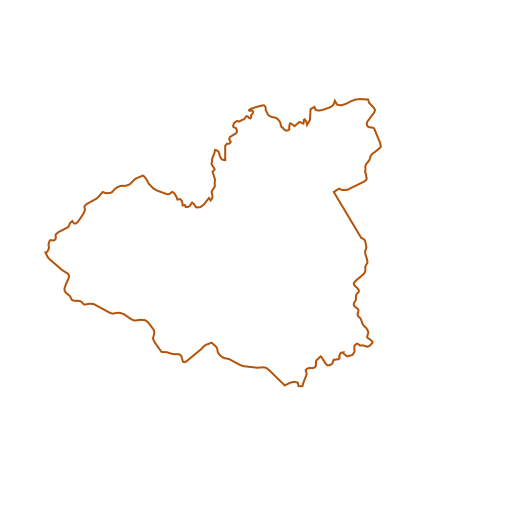 an SVG outline of Vallée du Bandama, rotated 57°
{"feature_id": "CIV-3450", "entity_name": "Vallée du Bandama", "entity_type": "Region", "adm_level": 1, "iso_a3": "CIV", "parent_name": "Ivory Coast", "parent_adm1": "", "projection": "robinson", "projection_center": [-5.056, 8.307], "detail": "fine", "context": "isolated", "style": "outline", "palette": "amber", "viewbox_px": 512, "rotation_deg": 57, "n_neighbors": 0, "source": "natural_earth", "source_scale": "10m", "svg_char_len": 6138}
<svg xmlns="http://www.w3.org/2000/svg" viewBox="0 0 512 512"><g transform="rotate(57 256 256)"><path d="M380.2,302.4L358.7,307.2L355.6,308.3L354.4,309.3L353.6,310.1L350.4,315.8L342.0,326.0L339.3,328.4L327.8,334.7L324.0,338.5L321.9,339.6L319.5,340.3L317.7,340.4L315.8,340.4L312.8,339.1L311.3,338.9L310.2,338.9L304.5,340.4L303.2,346.7L303.4,349.6L303.8,350.5L304.2,352.3L306.5,371.9L306.1,373.8L305.3,374.7L304.4,374.7L299.8,373.3L298.9,373.2L298.0,373.3L297.1,373.7L296.3,374.4L295.5,375.4L294.1,377.5L292.6,379.4L291.8,380.2L288.1,383.2L285.0,387.5L273.2,388.0L269.5,387.5L268.6,386.9L266.0,383.9L264.1,382.6L262.8,382.1L261.7,382.0L253.1,382.6L250.8,383.3L249.1,384.3L246.5,387.8L244.4,392.4L243.2,393.7L241.4,394.9L233.1,398.4L231.1,399.8L230.1,400.6L228.6,402.5L228.0,403.5L227.1,405.7L226.8,406.7L225.9,407.9L224.4,409.3L207.9,418.3L205.3,421.7L203.7,425.6L202.9,426.7L202.0,427.0L201.0,427.0L199.8,427.2L198.0,428.1L196.9,429.4L194.2,433.2L193.0,434.1L192.0,434.4L189.3,433.9L188.3,433.9L183.7,435.3L182.3,435.5L181.2,435.5L180.3,435.1L179.4,434.6L178.5,433.8L176.0,430.6L173.0,425.8L172.3,424.9L171.4,424.0L170.1,423.4L169.0,423.3L168.0,423.6L161.9,426.4L145.0,431.2L142.6,431.2L138.3,430.6L138.8,429.6L138.6,428.6L137.6,426.6L136.8,425.6L136.0,424.9L133.8,424.0L133.2,423.6L131.2,421.3L130.8,420.6L130.7,419.9L131.2,419.0L132.4,417.9L132.8,417.2L132.9,416.2L132.7,415.2L131.6,413.8L130.1,413.3L129.6,412.9L128.7,411.6L128.4,408.2L129.5,397.6L127.2,394.2L126.6,391.1L127.9,391.1L129.4,390.8L130.0,390.4L130.4,389.8L130.7,389.1L130.3,387.0L129.3,384.1L126.5,377.7L124.9,375.2L123.5,373.9L121.8,373.4L121.2,372.9L120.7,372.4L120.4,371.3L120.2,369.6L121.0,358.6L120.6,355.8L118.8,349.7L121.2,348.0L122.0,346.9L123.5,344.5L123.9,343.0L124.0,341.7L123.2,339.2L122.9,337.4L122.8,335.3L122.8,334.3L123.5,331.5L123.8,330.8L125.9,327.5L126.5,325.9L126.9,324.1L127.0,323.1L127.0,322.1L125.7,316.5L125.6,314.9L126.9,307.1L128.3,306.5L130.5,306.2L131.9,306.1L136.8,306.6L143.1,305.4L146.9,303.6L155.4,297.2L156.3,296.2L156.7,295.2L156.8,293.8L156.6,291.3L157.4,290.9L159.1,290.4L163.4,290.5L165.8,291.2L167.0,288.6L169.1,288.2L171.6,288.9L173.6,290.0L174.7,287.8L176.6,288.3L177.7,286.8L178.0,284.5L176.4,280.6L178.4,279.8L182.7,279.7L184.7,276.2L184.5,271.9L181.7,263.8L184.7,263.8L183.5,260.9L181.5,259.6L179.5,259.0L177.8,258.0L177.2,257.0L175.7,253.4L175.1,252.6L174.4,252.1L172.7,251.2L169.7,248.9L168.8,248.5L161.7,246.6L161.4,245.9L161.0,243.7L160.3,243.3L155.2,243.3L154.1,242.9L152.9,241.4L152.2,241.0L150.6,239.8L146.5,234.2L144.7,232.6L145.5,231.8L146.9,231.0L148.2,230.7L149.5,230.9L152.2,231.9L155.8,232.2L157.1,231.6L158.8,229.6L146.8,221.8L146.0,219.1L147.1,217.7L147.1,216.3L146.8,215.4L146.2,214.9L144.0,215.1L142.9,214.3L142.1,213.2L142.0,212.4L142.1,210.4L142.2,205.8L141.8,205.0L141.3,204.3L139.9,203.5L138.4,203.2L137.6,203.3L135.7,204.6L135.1,204.7L134.5,204.4L133.0,202.7L132.6,202.0L132.5,201.1L132.4,198.4L132.7,197.9L133.3,197.6L133.9,197.2L134.2,195.8L134.2,194.6L134.7,191.5L134.5,190.5L134.2,189.6L133.8,189.0L133.6,188.2L133.7,187.5L134.6,186.8L136.2,186.8L136.9,186.5L137.4,186.0L137.4,185.0L136.9,184.4L135.5,183.6L135.1,183.0L134.7,181.2L134.2,180.5L133.7,180.0L133.0,179.7L132.2,179.9L131.6,180.5L131.1,181.8L130.4,182.5L129.9,182.5L129.7,181.5L129.8,180.1L131.3,174.2L133.3,168.4L134.1,167.2L135.3,166.9L136.2,166.9L137.0,167.2L138.2,168.0L139.0,168.3L141.7,168.6L143.3,169.0L144.1,169.0L145.6,168.5L147.0,167.8L148.2,166.9L150.8,164.2L152.2,163.5L153.8,163.1L156.4,162.9L158.5,163.3L159.9,164.1L161.5,164.3L162.3,164.2L163.1,163.6L164.5,163.7L167.0,162.7L168.1,161.0L167.9,159.0L167.0,158.6L164.8,157.0L163.3,155.2L164.3,154.3L168.1,153.0L167.2,146.6L170.8,144.1L168.7,142.2L167.9,141.7L167.9,140.7L169.4,140.6L171.0,140.7L172.4,141.1L173.8,141.7L171.3,136.7L162.6,130.3L162.8,125.8L166.1,126.4L168.3,124.1L169.8,120.4L171.6,113.1L171.7,110.3L170.8,107.8L168.8,105.3L173.2,105.6L176.0,102.6L177.4,97.6L177.9,92.3L178.8,87.9L180.9,83.5L185.8,76.8L189.1,77.7L195.7,76.5L197.5,76.5L198.4,76.7L199.2,77.6L200.1,79.1L203.7,88.7L204.1,89.6L204.7,90.4L205.9,91.4L206.9,91.7L207.9,91.8L209.3,91.2L210.9,89.5L211.8,88.3L212.5,87.8L213.6,87.5L228.6,90.3L230.8,91.1L232.5,92.0L232.9,93.9L233.5,99.0L233.6,102.6L233.9,103.8L234.7,105.5L235.2,106.3L236.7,107.8L237.5,109.2L239.2,114.1L240.0,115.1L240.7,115.8L242.9,116.9L244.5,118.5L245.2,118.8L247.4,119.2L249.3,120.3L250.7,120.6L251.3,121.0L251.8,121.5L252.2,122.2L252.4,123.6L252.4,125.5L250.5,140.7L250.6,141.2L250.5,142.3L249.9,144.0L248.0,147.2L246.8,148.5L245.8,148.9L244.7,149.8L244.7,155.9L298.1,157.9L299.8,156.8L301.5,156.2L302.6,156.2L303.8,156.6L309.2,158.9L310.1,160.0L310.9,161.4L312.1,162.3L314.1,163.3L319.1,164.6L321.1,165.5L322.4,166.3L323.9,169.3L324.3,169.9L324.9,170.4L327.5,172.0L328.6,173.1L329.4,174.5L329.9,176.2L331.1,186.2L331.7,188.1L332.4,189.0L333.2,189.4L334.2,189.5L337.6,188.6L338.7,188.4L340.3,188.4L341.3,188.8L342.0,189.3L342.3,190.1L342.6,192.0L343.1,193.0L344.0,194.0L346.9,195.9L347.6,196.7L348.3,198.4L348.8,199.4L349.9,200.4L350.8,200.8L351.7,200.8L352.5,200.7L355.1,199.6L356.6,199.5L357.5,199.7L358.1,200.2L359.4,201.7L360.4,202.7L361.4,203.0L362.3,203.0L364.0,202.6L365.3,202.5L366.9,202.6L370.2,203.5L371.9,203.6L373.2,203.6L375.8,202.9L377.0,202.7L378.8,202.8L381.1,203.4L381.6,203.7L383.5,205.9L384.2,206.7L385.0,207.0L385.8,206.9L388.1,205.8L389.5,205.4L391.6,205.0L392.3,205.8L393.2,209.5L392.9,211.9L388.9,215.3L387.8,217.5L385.3,218.4L384.4,219.3L384.8,222.3L390.1,225.7L391.5,229.0L389.9,234.2L386.8,235.3L384.8,235.8L384.4,235.2L383.4,237.4L383.8,238.7L384.7,239.7L385.4,241.0L385.8,241.2L386.3,241.1L387.0,241.3L387.4,242.0L387.5,243.3L387.1,244.0L386.6,244.5L386.0,246.5L385.4,247.0L385.4,247.6L386.9,249.4L387.7,250.7L387.9,252.3L387.6,254.1L386.4,255.8L384.3,256.2L377.0,256.1L375.4,256.4L375.6,258.0L376.2,260.3L376.3,262.0L377.1,263.1L380.6,265.5L381.4,267.1L381.1,269.1L378.9,272.5L378.3,274.6L378.8,276.5L379.9,277.0L381.3,277.2L382.9,278.0L388.5,285.8L390.4,287.8L390.1,288.6L388.9,290.4L388.4,291.2L385.0,290.0L382.5,292.2L380.9,296.2L380.2,302.4Z" fill="none" stroke="#b45309" stroke-width="2"/></g></svg>